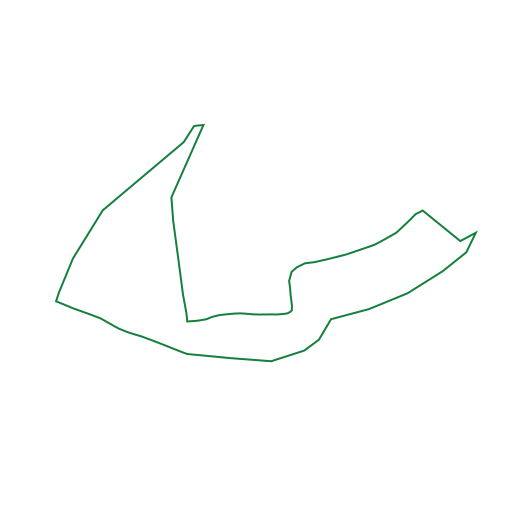 Marisule/Top Of The World, Gros Islet, Saint Lucia, rotated 318°
{"feature_id": "8701671B2050901299754", "entity_name": "Marisule/Top Of The World", "entity_type": "district", "adm_level": 2, "iso_a3": "LCA", "parent_name": "Saint Lucia", "parent_adm1": "Gros Islet", "projection": "natural_earth1", "projection_center": [-60.968, 14.044], "detail": "fine", "context": "isolated", "style": "outline", "palette": "green", "viewbox_px": 512, "rotation_deg": 318, "n_neighbors": 0, "source": "geoboundaries", "source_scale": "gbopen_adm2", "svg_char_len": 1049}
<svg xmlns="http://www.w3.org/2000/svg" viewBox="0 0 512 512"><g transform="rotate(318 256 256)"><path d="M296.8,118.0L278.6,123.0L172.7,119.5L118.2,135.4L84.9,151.4L77.1,155.9L85.2,172.7L93.8,188.7L98.8,198.4L101.6,207.0L104.2,214.6L105.6,218.5L107.0,221.3L109.3,226.1L112.7,232.0L116.9,238.8L123.9,252.2L131.7,267.9L139.1,282.6L168.2,314.3L196.9,344.4L228.7,358.6L246.8,360.3L269.5,353.2L304.3,371.0L343.7,385.1L384.5,392.2L414.8,394.0L434.9,385.8L417.8,381.6L410.3,333.8L402.7,331.7L391.3,332.3L375.9,332.6L362.3,329.6L351.7,327.0L337.2,320.9L323.8,315.1L306.2,305.8L295.5,299.8L287.5,294.2L278.9,291.7L271.8,291.6L263.8,296.8L259.9,302.7L256.2,307.3L252.8,312.3L249.1,317.4L246.3,320.3L244.0,320.4L241.0,319.7L238.0,317.7L232.8,313.8L228.9,310.2L223.3,305.2L219.4,301.8L214.6,297.2L209.5,291.7L205.8,288.0L201.6,284.5L195.9,280.2L189.7,275.7L182.7,271.9L176.8,269.8L169.4,265.1L161.1,258.7L166.1,251.8L176.1,235.6L195.0,208.1L218.1,174.3L232.4,155.8L304.6,123.5L298.8,119.2L296.8,118.0Z" fill="none" stroke="#15803d" stroke-width="2"/></g></svg>